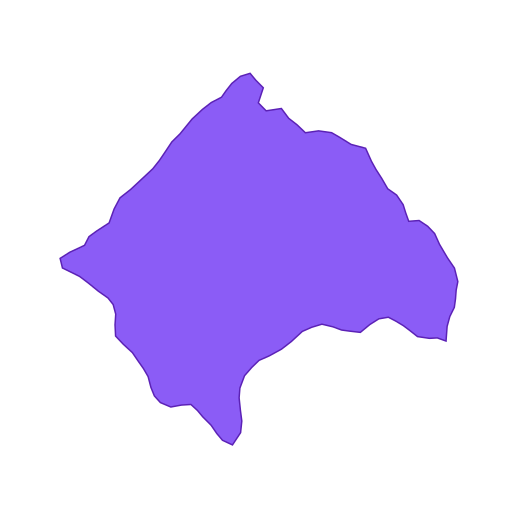 Dumont, São Paulo, Brazil, rotated 168°
{"feature_id": "56859067B60617359221879", "entity_name": "Dumont", "entity_type": "district", "adm_level": 2, "iso_a3": "BRA", "parent_name": "Brazil", "parent_adm1": "São Paulo", "projection": "mercator", "projection_center": [-47.981, -21.246], "detail": "fine", "context": "isolated", "style": "filled", "palette": "violet", "viewbox_px": 512, "rotation_deg": 168, "n_neighbors": 0, "source": "geoboundaries", "source_scale": "gbopen_adm2", "svg_char_len": 1494}
<svg xmlns="http://www.w3.org/2000/svg" viewBox="0 0 512 512"><g transform="rotate(168 256 256)"><path d="M213.9,419.0L219.6,427.9L223.8,435.9L233.9,435.0L243.8,429.8L250.9,423.9L256.7,418.5L267.9,415.4L278.0,410.5L290.0,403.3L298.2,396.7L304.9,391.3L314.6,385.1L324.2,375.7L330.8,369.4L338.8,362.8L352.9,354.3L364.9,347.1L376.9,341.2L385.0,331.5L392.8,318.9L406.6,313.6L415.3,309.7L421.5,302.1L437.4,298.4L448.1,294.4L447.8,284.5L432.8,272.7L425.7,264.5L417.4,254.2L409.5,245.7L405.8,238.2L405.3,228.3L408.2,218.0L410.0,206.9L404.1,197.2L397.0,187.2L392.8,177.0L389.5,169.3L386.6,160.5L386.1,149.3L384.5,140.3L380.0,132.5L370.7,126.0L359.9,125.7L350.5,124.3L345.4,117.1L341.5,109.7L335.1,99.8L331.2,90.4L327.1,82.7L318.3,76.1L307.8,86.4L304.2,97.5L303.3,108.6L302.0,120.8L299.2,130.2L292.1,141.3L283.3,147.9L274.7,153.3L263.7,155.6L250.4,159.6L239.2,165.0L226.4,172.6L216.4,174.7L205.7,175.6L195.4,170.7L187.7,165.8L180.2,163.1L169.8,159.6L158.9,165.3L148.9,169.0L139.3,168.6L133.2,163.6L126.4,157.3L121.0,151.1L114.8,143.6L103.5,139.4L95.7,138.2L87.8,133.3L83.7,147.4L79.0,156.5L72.7,164.5L69.8,172.5L67.3,181.0L63.9,189.0L64.4,202.9L69.1,214.4L74.1,229.3L76.6,240.8L81.9,249.4L89.1,256.8L99.4,258.2L100.6,267.1L101.4,275.6L105.8,286.4L113.2,294.4L116.8,305.5L120.7,315.8L123.4,324.7L126.4,338.6L139.8,345.4L149.4,354.6L156.4,360.9L168.8,365.4L182.1,366.3L188.5,375.7L195.4,383.9L200.5,395.0L215.9,395.9L221.9,405.3L213.9,419.0Z" fill="#8b5cf6" stroke="#5b21b6" stroke-width="1.5"/></g></svg>